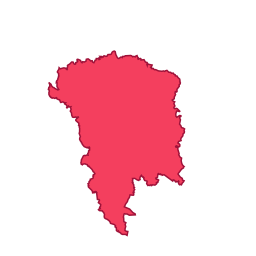 Zimapán, Hidalgo, Mexico, rotated 146°
{"feature_id": "50627088B91446293521910", "entity_name": "Zimapán", "entity_type": "district", "adm_level": 2, "iso_a3": "MEX", "parent_name": "Mexico", "parent_adm1": "Hidalgo", "projection": "robinson", "projection_center": [-99.362, 20.762], "detail": "fine", "context": "isolated", "style": "filled", "palette": "rose", "viewbox_px": 256, "rotation_deg": 146, "n_neighbors": 0, "source": "geoboundaries", "source_scale": "gbopen_adm2", "svg_char_len": 5848}
<svg xmlns="http://www.w3.org/2000/svg" viewBox="0 0 256 256"><g transform="rotate(146 128 128)"><path d="M167.4,157.2L167.2,156.6L167.9,156.0L168.2,154.9L170.2,152.0L171.5,150.8L172.3,147.5L173.7,146.6L174.4,145.7L174.7,144.0L174.5,142.7L174.9,141.8L174.6,141.2L175.0,140.0L174.7,137.0L173.2,134.8L172.7,134.7L172.8,134.3L170.7,133.8L170.7,133.4L171.3,132.5L171.8,132.5L171.6,132.0L172.3,131.1L173.4,131.1L174.5,129.7L175.6,129.4L176.3,127.8L177.2,128.6L178.9,129.0L179.5,129.7L180.6,129.8L184.7,127.5L185.0,126.8L186.4,125.6L187.0,124.1L186.4,123.0L185.8,123.3L183.7,122.4L182.9,121.0L182.2,120.4L182.6,119.1L182.2,118.9L182.2,118.1L181.6,117.9L181.7,117.2L181.0,113.6L181.3,111.2L180.9,110.4L181.0,108.6L182.7,108.2L182.3,108.5L182.8,108.7L183.8,107.7L182.9,107.2L184.0,107.6L184.6,106.3L185.4,105.9L188.0,106.6L188.4,105.7L190.2,105.4L191.0,104.2L192.3,104.2L192.3,103.6L193.1,102.6L192.9,102.1L193.4,102.1L193.8,101.1L192.9,96.7L193.0,95.2L193.6,94.0L191.9,93.1L191.4,93.3L191.6,93.9L190.6,93.6L190.0,93.0L190.0,92.2L190.5,92.4L190.6,91.1L193.3,85.9L192.1,84.9L192.0,84.1L194.3,82.7L193.4,79.8L194.9,78.2L195.5,78.3L196.0,78.0L196.1,76.7L196.9,77.1L198.2,76.8L197.9,75.5L195.6,73.6L195.8,72.9L195.4,71.7L195.9,69.3L197.0,68.3L197.7,66.8L197.4,65.5L196.5,64.3L195.6,62.0L195.4,60.4L195.8,58.7L193.4,55.7L193.0,54.0L194.0,53.3L193.4,52.0L194.3,50.6L194.3,49.9L194.9,49.5L194.6,48.1L194.1,47.7L193.5,47.9L193.7,46.4L192.9,45.6L192.8,44.1L192.1,42.9L189.6,41.2L188.8,39.5L186.0,42.3L187.2,43.4L187.8,44.7L186.7,46.2L184.9,47.7L184.4,49.5L182.7,50.7L183.8,52.7L181.8,56.0L181.7,56.7L179.4,58.9L178.6,58.8L178.0,57.9L176.9,57.3L175.7,55.0L170.5,51.9L170.1,52.8L171.3,55.2L172.0,59.9L175.1,64.7L172.3,66.4L169.7,67.3L168.0,68.7L165.6,69.7L163.8,71.4L161.2,69.3L160.8,69.3L160.0,70.2L160.0,71.4L158.7,71.4L158.8,72.6L156.9,73.2L156.9,74.5L156.6,75.2L156.0,75.1L156.1,75.7L154.9,78.0L155.0,79.4L154.4,79.9L154.8,80.5L153.7,81.3L153.8,81.9L152.9,82.6L152.5,83.6L150.5,82.4L149.4,79.8L148.4,78.5L147.5,78.8L146.8,78.5L146.3,79.8L145.1,80.7L144.0,80.7L143.8,81.2L143.3,81.3L143.4,79.2L142.8,79.0L142.6,77.8L143.3,77.2L143.5,75.2L142.0,73.4L142.2,72.8L143.7,71.4L143.7,69.2L142.8,69.0L142.0,68.0L141.1,68.2L140.5,67.7L140.5,67.0L139.4,67.2L137.6,65.6L135.7,65.7L135.3,66.1L134.1,66.3L134.5,66.7L133.0,66.9L131.7,67.7L132.1,68.8L133.2,69.7L133.0,70.9L131.1,70.7L129.0,73.1L128.2,73.1L128.2,72.3L126.9,71.8L127.2,71.3L125.9,70.4L126.1,69.7L124.2,69.1L120.6,59.0L119.5,59.7L118.7,58.6L118.7,56.8L118.0,56.8L118.0,56.3L116.6,55.7L115.7,55.8L115.7,55.3L116.6,54.8L116.9,54.2L117.2,52.8L116.9,52.0L116.3,52.1L115.5,51.0L113.8,52.0L112.2,52.3L111.0,52.9L111.9,54.2L111.2,55.9L112.1,58.1L112.3,61.7L112.0,62.1L106.7,63.9L104.3,63.9L103.6,64.8L103.1,64.7L103.5,66.8L103.2,68.7L102.2,71.2L100.4,73.1L101.1,74.6L100.9,77.5L100.0,78.0L98.6,82.5L97.8,83.6L97.9,84.3L99.0,85.4L98.8,86.1L97.9,86.2L96.4,83.9L95.5,83.8L94.4,85.0L94.5,86.7L95.0,87.5L94.6,88.0L93.5,88.5L91.0,87.9L90.6,89.2L89.5,90.0L87.0,90.8L85.5,92.4L84.2,92.5L83.3,93.3L83.0,94.5L81.6,95.6L82.2,97.0L83.4,98.4L82.9,100.5L83.1,102.4L79.9,105.5L79.6,107.5L79.0,108.0L77.7,108.0L77.3,108.6L78.2,109.5L81.5,109.6L81.7,110.9L80.6,112.9L78.3,114.8L77.6,114.5L76.2,112.9L75.7,113.0L76.4,116.5L77.1,117.4L78.3,117.7L78.7,118.7L78.4,119.5L76.8,120.0L76.3,122.6L74.6,123.6L75.5,124.8L75.7,126.4L73.3,126.4L72.3,127.8L69.9,129.1L69.6,130.5L68.5,131.6L68.0,131.5L67.6,130.7L67.0,130.8L65.8,132.7L62.2,133.9L61.5,135.2L60.1,135.4L59.3,136.2L59.3,137.3L58.8,137.5L57.8,139.6L58.4,142.0L58.3,143.7L59.6,144.8L59.1,145.8L59.9,147.0L59.8,148.2L61.3,149.0L61.5,150.3L63.0,151.4L63.5,154.0L65.1,154.5L65.9,154.4L66.7,155.5L68.1,156.0L70.9,158.4L72.4,160.9L73.4,161.5L73.8,162.3L73.7,163.1L75.0,163.8L75.2,164.4L74.7,164.9L75.2,165.6L73.6,166.1L72.8,166.7L75.7,169.7L76.5,169.7L77.0,169.2L76.7,170.3L75.6,170.7L75.6,171.8L76.4,172.4L76.7,173.2L76.5,175.7L79.2,177.1L78.6,178.1L79.0,178.9L81.1,179.3L81.1,179.9L80.2,180.6L80.4,181.4L80.0,183.0L81.2,183.3L82.2,182.9L83.1,184.1L84.3,184.4L84.6,185.8L85.2,186.6L89.9,189.4L91.2,189.4L92.3,190.3L93.4,189.6L93.9,190.6L94.3,190.8L96.5,190.7L97.2,191.1L97.5,192.3L97.0,195.8L95.9,198.5L96.3,199.4L97.5,199.8L98.8,199.7L100.4,198.7L101.2,198.7L103.6,200.1L105.4,199.3L106.2,199.7L107.5,201.3L109.3,200.7L109.6,201.8L111.2,203.0L111.1,201.5L112.6,202.3L113.0,200.7L113.8,201.0L113.7,202.1L115.5,203.3L115.9,202.6L116.6,202.3L117.2,202.6L119.8,201.2L120.5,202.5L120.1,203.8L121.6,204.6L121.6,205.7L122.4,207.6L124.1,208.3L125.5,206.9L127.3,207.1L128.5,208.3L129.6,207.8L129.9,209.0L129.6,210.6L130.8,212.6L131.6,213.3L132.3,213.0L132.5,211.4L132.8,211.2L134.9,211.4L135.4,210.5L136.0,210.4L136.7,210.8L136.9,212.1L136.6,213.2L137.3,213.9L137.9,214.2L140.8,213.6L142.5,213.8L143.3,213.6L143.8,212.4L144.8,212.1L145.3,210.7L145.9,210.5L146.6,212.9L147.9,213.9L151.1,215.0L151.4,216.5L152.4,215.4L154.9,214.3L155.3,213.8L155.1,211.8L156.0,210.7L156.2,209.8L157.1,209.4L157.5,208.7L158.2,208.5L159.2,207.4L161.1,206.8L161.9,205.9L161.4,205.9L161.5,205.2L163.7,202.1L163.9,198.6L164.9,198.8L166.6,201.9L166.8,202.9L167.4,203.5L167.8,205.1L167.4,207.4L168.2,210.0L168.6,207.6L170.0,205.8L170.8,206.0L172.2,204.7L172.5,204.4L172.2,203.8L172.6,202.5L173.6,201.8L174.8,200.0L175.1,198.2L174.7,197.6L175.0,197.3L174.9,196.5L174.3,196.0L174.3,195.2L173.0,194.7L172.1,193.4L170.5,193.3L170.3,192.9L170.7,192.2L169.8,190.4L169.1,189.9L169.0,189.2L169.5,187.5L169.4,186.7L167.4,186.1L166.5,184.4L165.7,183.8L167.0,183.5L166.8,182.7L166.3,182.1L166.2,180.0L167.4,179.4L167.5,179.0L167.1,178.7L165.0,179.4L165.1,178.4L163.5,177.6L164.2,177.3L164.7,175.3L166.4,174.3L166.4,172.2L167.5,170.1L167.9,168.1L166.9,167.0L165.2,166.4L165.0,165.7L162.5,164.8L166.4,164.2L166.9,163.7L167.1,163.3L166.1,159.5L167.1,157.9L167.0,157.1L167.4,157.2Z" fill="#f43f5e" stroke="#9f1239" stroke-width="1.5"/></g></svg>